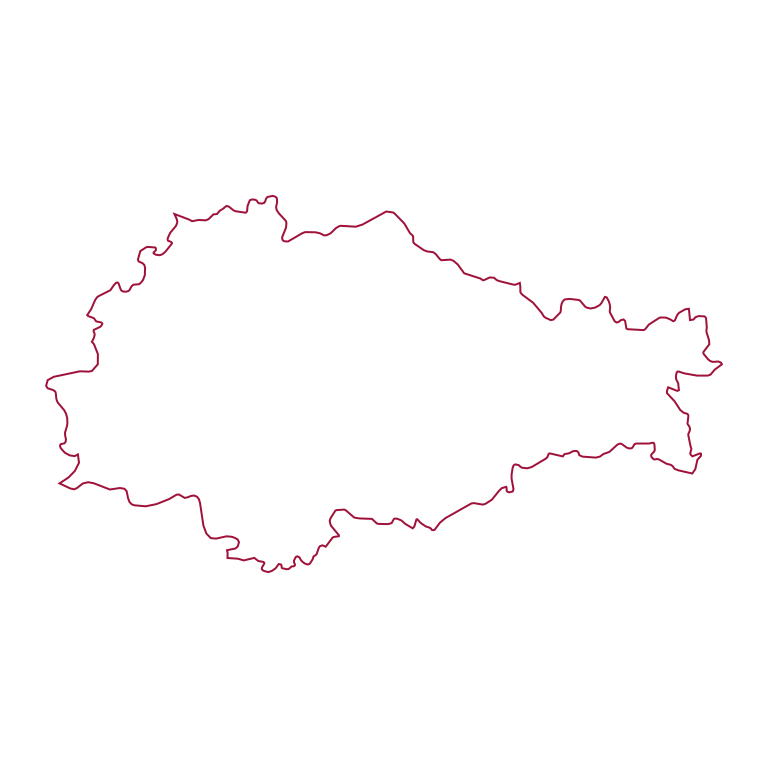 an SVG outline of Kursk
{"feature_id": "RUS-2362", "entity_name": "Kursk", "entity_type": "Region", "adm_level": 1, "iso_a3": "RUS", "parent_name": "Russia", "parent_adm1": "", "projection": "albers", "projection_center": [36.333, 51.669], "detail": "fine", "context": "isolated", "style": "outline", "palette": "rose", "viewbox_px": 768, "rotation_deg": 0, "n_neighbors": 0, "source": "natural_earth", "source_scale": "10m", "svg_char_len": 6068}
<svg xmlns="http://www.w3.org/2000/svg" viewBox="0 0 768 768"><path d="M88.9,371.6L91.9,371.0L97.8,364.3L97.9,354.1L94.0,344.2L91.9,341.8L93.9,337.9L94.7,334.7L94.3,332.9L93.6,331.5L93.8,329.9L100.3,326.8L101.9,324.9L102.3,323.4L101.1,322.4L96.2,321.4L93.9,318.2L88.3,316.1L87.2,315.1L91.2,309.1L95.1,300.1L96.9,297.4L98.5,296.2L110.4,290.2L113.9,285.1L116.2,282.7L117.6,282.5L118.6,283.5L120.6,289.2L121.4,290.6L123.0,291.5L126.1,291.7L128.4,291.0L129.4,290.2L131.7,286.1L133.5,284.7L139.0,284.2L140.9,282.7L143.0,280.0L144.8,275.3L145.1,267.5L144.2,264.8L142.4,263.1L138.8,261.6L137.9,259.7L140.3,251.1L146.3,247.2L147.6,246.9L155.2,247.5L155.7,248.0L156.0,249.6L155.7,250.5L153.6,252.4L153.6,253.3L155.8,254.7L159.7,255.2L161.3,254.7L162.7,254.0L165.5,251.6L172.0,243.4L171.9,242.7L171.0,241.9L168.0,240.7L167.6,239.7L167.8,238.0L170.2,232.8L175.9,226.0L177.1,223.2L177.3,221.8L176.8,219.2L174.4,214.0L189.4,219.7L192.1,221.2L198.5,220.0L205.7,220.3L208.5,219.2L213.4,214.4L217.0,214.0L219.8,210.7L222.7,209.0L226.4,206.0L228.7,206.5L233.6,210.4L235.4,211.2L245.6,212.7L246.4,212.2L247.1,210.9L247.6,205.8L249.8,200.3L252.2,199.4L255.3,199.8L256.6,200.5L258.1,202.7L258.9,203.2L261.8,203.6L264.3,202.8L265.3,201.1L266.0,198.8L267.4,197.0L272.7,195.9L275.3,196.7L276.5,197.7L276.9,198.7L277.1,202.2L276.1,207.1L276.6,209.9L278.9,213.4L285.8,220.8L286.2,221.8L286.4,223.3L286.0,227.7L282.2,237.1L282.1,238.2L282.8,240.3L284.4,241.3L288.0,241.5L302.1,233.3L305.1,232.1L315.5,232.3L320.0,233.3L324.2,235.4L326.8,235.2L330.6,233.3L336.2,227.9L339.4,226.1L340.5,225.8L355.8,226.7L362.4,224.6L386.3,211.5L393.2,212.5L394.2,213.1L404.3,223.5L410.1,233.3L412.5,235.4L413.1,236.4L413.3,242.3L414.7,243.9L423.7,250.1L427.0,251.4L433.2,252.2L435.8,254.1L439.8,259.1L441.3,260.2L450.4,259.6L453.3,260.7L457.6,264.3L464.2,273.3L480.6,278.6L482.7,280.1L483.6,280.3L489.9,277.4L494.1,277.8L496.7,280.1L499.3,281.1L513.3,284.6L515.5,284.7L519.8,282.9L520.3,286.3L520.4,292.2L521.2,293.5L522.7,295.0L533.2,302.8L541.7,312.9L543.8,316.4L545.6,317.8L550.7,320.1L553.3,319.6L560.3,312.5L560.8,310.8L561.0,307.0L561.6,303.9L562.5,301.9L563.9,300.1L564.6,299.5L569.4,298.9L578.3,299.9L580.0,300.5L585.2,306.7L586.7,307.6L590.7,308.5L595.4,307.5L599.7,305.1L601.4,303.1L604.9,296.9L606.7,297.4L608.8,301.3L609.7,304.1L610.2,307.5L609.7,311.3L610.1,312.8L614.7,321.3L616.6,322.5L618.5,322.0L620.9,320.1L623.5,319.5L625.1,320.9L626.4,328.5L627.5,329.2L643.6,330.1L645.3,329.1L648.8,324.6L659.2,317.9L660.6,317.5L665.9,317.6L670.3,319.4L673.1,321.2L673.9,321.0L674.9,320.3L677.2,315.1L678.9,312.9L685.2,309.3L688.9,308.8L690.0,320.1L693.5,319.5L695.6,317.1L698.7,316.1L704.5,316.4L705.4,317.1L706.1,318.4L706.8,327.8L706.4,330.4L706.5,332.1L709.0,340.1L709.3,344.3L703.6,351.7L703.3,352.6L703.6,353.9L707.9,359.1L710.1,361.0L712.9,361.9L718.4,361.5L721.0,362.6L721.9,364.3L714.8,369.6L710.5,374.6L707.7,375.6L697.0,375.6L684.4,373.4L678.5,371.5L677.6,371.6L676.8,372.3L676.2,374.5L675.9,377.1L676.3,379.6L678.2,383.2L678.9,390.2L677.2,390.9L668.2,387.3L666.9,391.2L667.0,393.2L674.6,401.3L680.1,409.8L683.5,412.7L687.4,413.9L688.1,414.7L688.4,415.9L687.5,423.4L687.7,424.2L689.4,426.6L690.0,428.8L689.7,431.0L688.3,434.0L688.4,435.7L690.6,446.5L691.4,448.8L690.2,453.4L691.0,455.1L692.5,456.3L699.9,453.4L701.0,453.7L700.9,455.9L697.4,459.8L695.3,469.2L692.3,473.5L678.2,470.3L674.5,468.8L672.8,466.3L671.0,464.9L666.4,463.7L659.1,459.5L657.2,459.0L654.5,459.5L653.1,458.8L651.5,457.0L651.1,455.5L651.7,454.0L654.0,451.8L654.8,450.1L654.4,444.4L653.8,443.1L653.0,442.7L649.0,443.5L636.2,443.5L634.5,444.2L632.5,447.6L631.4,448.3L629.0,448.4L626.7,447.6L621.6,443.9L620.3,443.6L618.7,444.0L617.3,444.7L609.4,451.9L603.5,454.0L599.9,456.6L595.7,457.6L582.5,456.6L579.3,455.2L578.4,452.4L577.1,451.2L575.9,450.9L573.0,451.2L569.1,453.3L565.1,454.0L564.3,454.3L562.8,456.4L549.8,453.4L548.7,453.8L547.4,457.1L545.7,458.7L531.6,467.1L527.2,468.3L522.4,467.8L520.7,467.0L518.8,465.2L515.4,464.4L514.3,464.8L513.5,465.6L512.6,468.1L511.6,474.6L511.6,478.8L513.5,489.1L512.7,491.5L509.4,492.3L507.9,492.0L506.7,490.9L506.5,487.3L506.1,486.8L501.7,488.2L498.7,491.2L491.9,499.7L485.5,503.8L482.8,504.6L473.9,503.1L471.3,503.5L445.6,518.0L440.0,522.6L434.6,529.8L433.6,530.2L431.8,529.9L431.0,528.6L429.6,527.7L425.7,526.4L420.6,522.9L417.2,519.2L416.4,519.5L414.3,526.6L412.7,528.3L405.3,523.9L401.5,520.5L397.2,518.7L394.6,518.6L393.9,519.0L391.7,523.0L390.1,523.6L387.5,524.1L378.7,523.9L376.8,523.4L372.0,518.9L359.1,518.4L354.3,517.6L345.4,510.0L343.8,509.6L336.6,510.1L335.4,510.6L330.6,518.1L329.7,520.8L330.3,524.0L331.2,526.0L338.9,535.2L338.8,536.3L333.9,536.9L332.5,537.7L325.7,546.7L322.3,545.3L319.8,546.3L318.7,548.1L316.5,554.4L313.4,556.7L312.9,558.8L310.4,562.9L309.4,564.0L307.5,564.5L304.8,563.5L302.7,562.0L301.0,560.2L299.4,557.3L297.2,556.3L295.6,557.2L294.0,560.6L294.0,562.2L295.0,564.5L294.7,565.7L293.9,566.2L291.6,566.5L288.7,569.0L286.6,569.2L282.5,568.3L281.8,567.8L281.4,565.2L281.0,564.5L278.8,564.0L275.5,568.4L271.9,570.9L268.3,572.1L264.4,571.1L262.7,570.3L261.8,569.0L262.1,567.2L264.4,563.4L264.1,562.5L263.2,561.9L258.3,561.0L254.3,557.9L243.8,560.4L237.9,558.7L227.5,558.0L227.6,552.9L227.0,550.2L235.4,548.5L237.7,546.5L239.0,542.2L237.7,539.5L234.9,537.9L231.9,536.8L226.6,536.3L216.0,538.6L210.8,538.1L206.4,533.6L203.4,525.5L200.0,502.8L198.9,499.2L197.0,496.7L194.0,495.5L190.8,496.0L187.7,497.3L184.7,497.9L179.0,494.5L176.5,494.7L169.3,499.0L156.5,504.1L145.7,506.3L134.4,505.3L131.7,504.3L129.5,502.0L128.1,498.3L126.6,491.1L124.5,488.8L119.9,488.0L109.9,489.5L93.9,483.3L88.2,482.2L82.8,483.5L76.9,488.1L74.1,489.3L70.4,488.5L59.5,483.4L68.6,477.4L74.9,470.9L79.0,462.8L77.9,454.4L74.8,456.1L69.8,455.4L65.0,452.8L62.0,449.7L60.5,447.6L60.0,445.6L60.8,444.1L64.2,443.4L65.5,442.1L66.0,439.6L65.1,435.2L65.0,432.7L67.0,426.0L67.4,423.5L67.2,418.1L66.1,413.8L64.2,410.2L57.9,402.7L56.9,400.7L56.3,398.4L55.8,393.3L55.2,391.5L53.1,390.0L47.7,388.3L46.1,385.8L47.7,380.1L53.8,376.8L79.9,371.3L88.9,371.6Z" fill="none" stroke="#9f1239" stroke-width="2"/></svg>